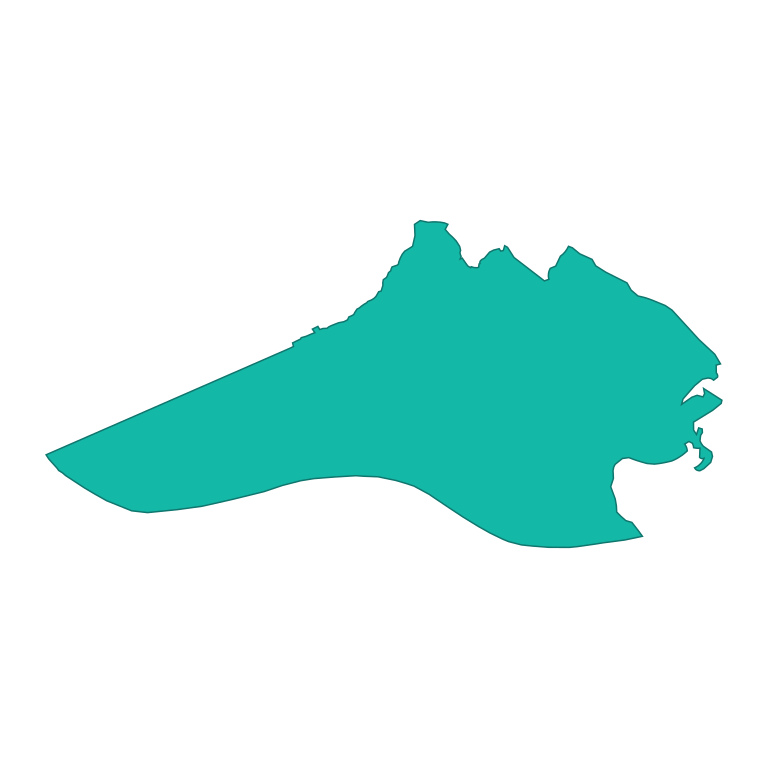 Coronini, Caras-Severin, Romania (Robinson projection)
{"feature_id": "2599482B76282201234198", "entity_name": "Coronini", "entity_type": "district", "adm_level": 2, "iso_a3": "ROU", "parent_name": "Romania", "parent_adm1": "Caras-Severin", "projection": "robinson", "projection_center": [21.719, 44.681], "detail": "fine", "context": "isolated", "style": "filled", "palette": "teal", "viewbox_px": 768, "rotation_deg": 0, "n_neighbors": 0, "source": "geoboundaries", "source_scale": "gbopen_adm2", "svg_char_len": 3628}
<svg xmlns="http://www.w3.org/2000/svg" viewBox="0 0 768 768"><path d="M568.5,246.3L567.0,249.1L565.2,251.7L563.0,254.1L560.4,256.2L555.7,266.1L550.2,268.4L549.6,269.7L549.1,271.0L548.7,272.4L548.5,273.8L548.4,275.2L548.4,276.6L548.6,278.0L548.9,279.3L544.4,280.9L514.0,257.5L507.5,247.3L504.7,245.7L503.3,250.5L500.7,251.1L499.2,248.7L493.6,250.1L489.6,252.1L484.5,258.1L481.9,259.5L480.5,260.7L479.8,262.2L480.0,263.6L479.1,263.9L478.6,267.2L477.4,267.7L474.2,267.6L471.2,266.7L470.6,267.7L467.8,266.0L465.4,262.7L462.2,258.1L460.2,259.0L461.1,256.3L460.3,254.4L460.0,252.3L460.6,250.4L459.9,247.3L459.6,246.3L456.2,241.0L452.6,237.2L449.2,234.1L445.2,229.4L446.1,227.7L447.9,224.3L444.4,222.9L440.4,222.2L436.3,221.9L432.3,221.9L428.2,222.3L420.2,220.6L414.5,224.4L415.0,235.6L413.8,240.9L412.6,246.3L406.7,250.0L404.7,251.2L402.3,254.2L400.3,258.0L398.8,262.0L398.4,264.1L397.4,265.1L392.1,266.9L391.3,268.5L390.7,270.8L388.5,272.7L387.2,276.2L386.3,277.6L383.3,279.7L382.8,282.9L382.9,285.4L381.7,289.3L381.1,291.1L378.7,291.7L376.0,296.4L374.1,298.3L371.4,300.0L368.9,301.0L367.6,301.6L366.8,302.7L363.9,304.4L361.5,306.1L359.2,308.0L356.9,309.2L356.4,310.0L354.7,312.6L353.7,314.6L351.3,315.9L348.9,316.9L347.6,319.7L346.1,320.6L343.9,321.7L338.5,322.8L334.9,324.2L331.2,325.7L328.9,326.8L327.0,328.3L325.0,328.4L322.9,328.5L319.8,329.5L319.6,329.3L317.9,326.4L312.4,329.1L314.8,332.7L311.4,334.0L306.1,336.3L301.2,337.7L300.5,339.0L299.6,339.5L292.6,342.9L293.5,346.5L290.7,347.9L46.1,454.8L48.8,459.0L57.0,468.1L58.7,470.5L62.3,472.7L65.7,475.6L84.6,488.0L94.2,493.7L106.6,500.7L131.6,510.8L147.5,512.6L177.5,509.6L202.3,506.2L232.4,499.4L264.1,491.6L282.5,485.4L300.8,480.7L313.9,478.6L334.3,477.0L355.9,475.7L363.2,476.2L378.1,476.8L395.6,480.4L406.8,483.7L414.0,486.1L429.3,494.4L434.8,498.2L447.0,506.4L462.7,516.8L478.3,526.4L490.2,533.1L503.0,539.3L508.6,541.6L521.4,544.9L531.9,546.0L548.6,547.3L569.4,547.4L577.4,546.6L595.7,544.0L603.9,542.7L608.8,542.1L624.7,540.0L634.9,537.9L642.4,536.3L638.8,531.3L631.9,522.4L625.8,520.6L620.8,516.2L616.7,512.0L616.4,505.9L615.2,498.9L610.7,486.7L612.9,480.0L613.4,478.4L613.2,473.4L613.0,470.7L613.4,468.9L613.7,467.2L614.6,465.3L615.3,464.2L622.4,458.5L628.9,457.6L633.0,459.2L637.1,460.6L641.3,461.9L645.6,463.1L647.1,463.5L654.4,464.1L658.8,463.6L663.1,462.9L667.4,462.0L671.6,461.0L673.8,460.1L676.0,459.0L678.0,457.9L680.0,456.6L682.0,455.3L683.8,453.9L685.6,452.4L687.3,450.9L687.0,449.1L686.5,447.3L685.7,445.6L684.7,444.0L688.9,441.5L692.2,443.1L692.8,444.2L693.2,445.3L693.5,446.5L693.6,447.7L695.2,448.0L696.8,448.2L698.4,448.3L700.0,448.2L699.6,457.3L700.2,457.9L700.9,458.3L701.7,458.6L702.6,458.6L703.3,458.5L704.0,458.3L703.5,459.6L702.8,460.8L702.0,462.0L701.1,463.1L699.7,464.5L698.2,465.8L696.5,466.9L694.6,467.8L695.1,468.6L695.8,469.4L696.6,470.0L697.6,470.4L698.8,470.7L700.0,470.7L703.8,468.7L710.7,462.4L712.5,456.4L711.5,452.0L703.4,446.3L702.4,445.1L701.5,443.8L700.7,442.4L700.1,441.0L700.0,440.7L700.6,435.4L702.4,432.6L702.2,429.0L698.7,427.9L696.5,434.5L693.6,430.1L693.5,422.1L712.8,410.2L721.2,403.4L721.9,400.2L703.6,388.5L704.6,393.7L703.0,396.9L697.1,395.3L691.9,397.2L681.6,404.4L683.0,399.0L694.6,385.7L702.4,379.2L707.9,378.0L708.9,378.1L710.2,378.3L711.5,378.7L712.6,379.4L713.6,380.2L717.5,377.2L717.7,376.0L717.5,374.9L717.0,373.8L716.3,372.9L716.2,365.1L720.5,363.9L714.8,354.3L699.0,339.6L672.0,310.1L665.2,305.5L652.3,300.2L648.8,298.9L645.2,297.7L641.6,296.8L638.0,296.0L631.1,290.1L627.0,282.9L605.8,272.2L595.7,265.8L592.1,259.4L579.7,253.8L572.4,247.8L568.5,246.3Z" fill="#14b8a6" stroke="#0f766e" stroke-width="1.5"/></svg>